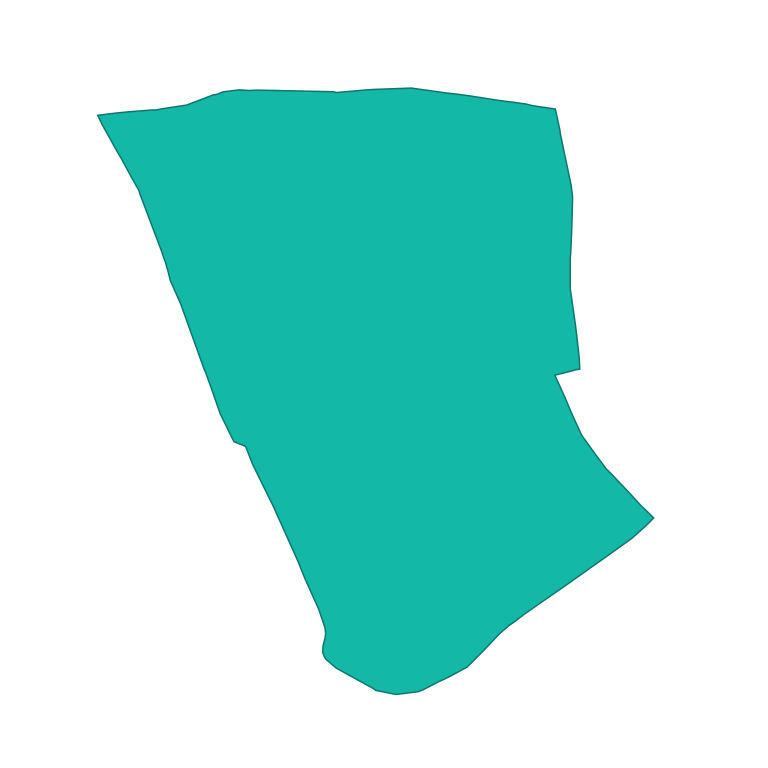 outline of Old City, Amanat Al Asimah, Yemen, rotated 83°
{"feature_id": "15242507B70812526039843", "entity_name": "Old City", "entity_type": "district", "adm_level": 2, "iso_a3": "YEM", "parent_name": "Yemen", "parent_adm1": "Amanat Al Asimah", "projection": "orthographic", "projection_center": [44.214, 15.355], "detail": "fine", "context": "isolated", "style": "filled", "palette": "teal", "viewbox_px": 768, "rotation_deg": 83, "n_neighbors": 0, "source": "geoboundaries", "source_scale": "gbopen_adm2", "svg_char_len": 1658}
<svg xmlns="http://www.w3.org/2000/svg" viewBox="0 0 768 768"><g transform="rotate(83 384 384)"><path d="M82.4,635.4L92.5,632.0L120.4,620.7L129.8,616.6L148.3,609.4L161.7,603.8L166.1,603.0L223.0,589.1L236.7,586.1L246.1,584.6L255.2,583.5L279.8,576.0L348.0,560.6L350.1,559.8L368.2,555.7L394.0,550.1L396.1,549.3L417.9,541.8L423.0,539.9L429.1,529.0L448.0,524.1L492.2,508.7L538.2,494.5L550.5,490.7L565.0,486.9L571.1,485.1L585.6,480.6L599.0,476.4L618.6,472.3L622.2,472.3L624.4,472.3L628.7,473.4L636.4,476.4L642.9,477.6L647.6,476.4L650.5,474.9L660.3,465.9L685.3,431.3L687.1,429.5L693.6,409.9L693.6,387.8L692.5,383.2L686.0,365.6L684.5,360.7L682.4,354.7L679.1,346.1L676.6,340.0L675.1,335.9L660.6,317.5L654.1,309.6L646.5,300.6L638.9,289.3L636.0,283.7L630.2,273.9L622.6,259.6L620.4,255.5L613.9,243.1L604.8,225.8L600.5,217.9L594.3,206.3L592.1,202.5L586.0,190.9L567.1,156.3L556.6,141.3L549.8,132.6L535.3,144.3L521.5,154.1L501.2,169.1L495.0,174.0L488.9,177.4L473.7,186.0L464.6,190.9L461.4,192.8L457.4,194.6L433.1,202.2L419.7,205.9L404.1,210.8L396.1,213.4L394.0,196.5L393.6,193.9L393.2,191.3L393.2,187.9L383.1,187.1L360.6,186.8L348.3,186.8L312.1,187.5L281.3,183.7L276.2,182.6L265.0,180.7L253.8,178.9L238.9,176.6L224.0,174.4L220.4,174.0L209.9,174.0L187.8,175.9L156.7,178.5L153.0,178.5L132.0,180.4L125.9,202.5L123.3,209.3L115.4,239.7L108.8,262.6L105.6,274.7L103.0,285.6L93.6,320.9L92.2,337.0L90.4,358.1L90.0,364.1L88.9,396.0L87.8,398.3L79.8,453.5L76.9,473.8L76.2,482.4L74.4,491.8L74.4,508.0L76.2,514.7L76.2,518.1L81.6,539.9L83.1,545.9L83.5,560.6L83.8,570.7L84.2,577.5L83.8,580.1L82.7,604.2L82.4,618.1L82.4,635.4Z" fill="#14b8a6" stroke="#0f766e" stroke-width="1.5"/></g></svg>